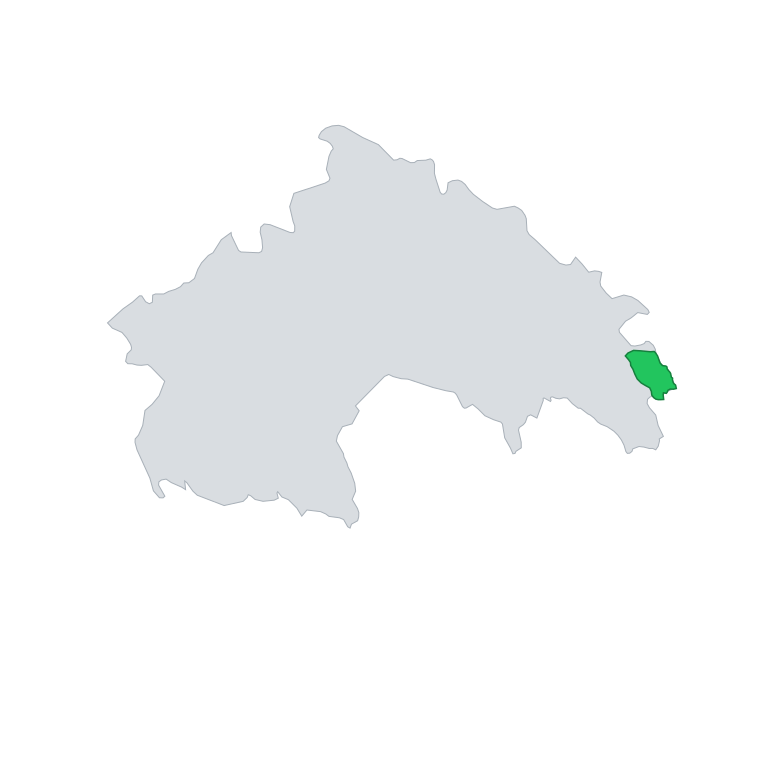 Guinea, with Lola highlighted, rotated 315°
{"feature_id": "GIN-5650", "entity_name": "Lola", "entity_type": "Prefecture", "adm_level": 1, "iso_a3": "GIN", "parent_name": "Guinea", "parent_adm1": "", "projection": "equal_earth", "projection_center": [-8.285, 7.882], "detail": "fine", "context": "in_parent", "style": "filled", "palette": "green", "viewbox_px": 768, "rotation_deg": 315, "n_neighbors": 0, "source": "natural_earth", "source_scale": "10m", "svg_char_len": 4517}
<svg xmlns="http://www.w3.org/2000/svg" viewBox="0 0 768 768"><g transform="rotate(315 384 384)"><path d="M453.8,511.3L448.8,510.4L446.5,511.7L439.9,522.1L435.9,526.2L429.7,524.9L427.5,525.7L425.8,524.5L428.1,518.7L431.3,507.4L439.5,496.0L439.7,493.6L436.3,486.9L432.9,477.8L432.9,468.1L432.2,461.0L425.0,459.0L423.7,457.9L423.5,455.5L427.6,443.3L427.9,440.9L427.4,438.7L423.0,432.5L416.1,421.0L404.3,397.4L399.9,392.4L395.7,385.2L394.1,380.6L389.7,379.0L348.3,379.3L347.5,385.4L333.2,389.6L324.4,384.8L314.6,387.6L309.9,390.7L306.1,404.5L304.0,407.4L301.9,413.6L300.0,417.0L297.8,423.8L293.1,433.5L288.2,439.7L279.9,443.1L277.2,453.3L275.3,457.1L272.1,460.1L268.7,462.0L261.9,460.1L258.1,461.9L257.4,459.3L259.6,451.3L257.9,447.1L251.5,438.7L250.9,434.6L248.9,429.4L240.4,418.6L232.4,419.3L234.6,410.2L234.6,398.2L231.9,391.7L232.7,385.0L231.2,385.4L228.5,390.0L224.2,388.5L215.5,381.4L211.2,374.5L210.7,368.6L209.7,366.3L207.0,367.5L201.5,367.4L185.0,356.9L173.3,330.6L173.1,324.6L174.8,314.4L174.5,311.6L169.0,318.4L168.0,313.9L163.9,303.3L162.7,297.2L158.8,294.5L155.6,294.0L153.1,296.1L149.7,308.4L147.3,308.3L144.8,305.7L145.4,296.5L151.9,285.0L162.8,255.9L166.7,249.2L169.2,246.9L174.2,246.6L184.1,242.7L196.3,233.7L205.6,234.4L216.6,233.3L230.9,227.0L231.2,207.5L230.7,203.2L225.7,199.3L222.7,195.9L220.2,191.6L217.2,188.5L217.3,185.3L223.7,181.1L229.5,181.1L231.4,179.5L232.9,176.8L234.6,169.7L235.2,162.3L231.4,152.4L231.7,145.3L252.6,146.3L264.1,148.3L273.5,148.8L275.0,150.4L273.6,157.3L274.8,161.3L278.0,162.4L283.3,157.6L286.0,158.7L291.9,164.6L297.3,166.3L303.3,169.5L308.9,171.3L313.8,171.0L317.6,174.4L324.6,175.4L333.6,171.2L340.7,169.3L350.7,168.9L355.9,170.3L371.0,166.9L383.0,168.8L381.1,171.1L375.6,186.7L376.2,189.5L388.3,202.7L391.2,203.7L394.5,201.8L399.7,195.7L403.8,189.1L407.8,185.9L412.4,186.1L416.1,190.8L424.7,210.4L426.8,212.8L428.9,212.8L432.7,209.1L434.6,204.9L442.7,191.9L455.1,185.5L484.4,200.3L488.7,201.4L491.3,200.3L495.0,191.5L506.1,184.1L511.4,182.0L514.4,181.8L515.6,179.4L516.1,175.8L515.5,172.1L512.1,165.5L512.0,163.5L514.0,162.3L518.2,161.3L523.7,161.9L529.8,164.8L534.8,169.0L537.7,173.9L543.2,194.6L549.3,210.8L549.1,232.5L551.8,234.7L554.8,235.6L556.2,237.3L559.3,246.3L562.1,248.9L565.5,249.5L571.8,255.3L575.9,257.5L576.5,259.3L576.4,261.6L574.8,264.7L568.6,270.7L565.6,275.8L559.3,288.1L559.1,290.4L560.5,292.1L563.0,292.4L565.8,291.5L571.6,287.0L576.1,288.6L580.5,292.1L582.1,295.6L582.5,300.3L581.5,306.4L581.3,313.1L582.8,324.7L585.1,336.2L587.4,340.4L601.9,350.5L603.3,354.3L604.1,358.6L603.0,364.4L601.5,367.7L593.5,376.7L592.3,381.0L592.9,389.0L593.5,422.8L596.7,428.5L600.4,431.4L609.2,429.8L608.9,439.2L607.8,449.7L612.9,452.9L615.4,456.1L616.9,459.1L608.8,464.7L606.5,468.0L605.4,476.8L605.6,484.9L616.5,490.7L620.7,497.5L622.6,504.5L623.2,517.9L622.2,520.9L619.4,521.0L613.9,512.9L605.5,512.0L599.2,510.4L588.8,511.5L587.0,513.9L585.8,531.6L588.3,534.6L593.3,538.0L596.6,539.4L599.3,539.0L601.4,541.2L601.8,547.0L600.4,551.3L597.6,555.2L594.2,565.5L594.9,574.9L589.0,589.8L587.3,592.8L579.5,589.8L574.4,588.8L570.8,592.6L565.7,586.8L564.7,582.2L562.9,581.3L559.5,581.2L556.3,583.8L554.9,588.5L554.2,598.1L548.5,607.2L544.5,618.6L539.8,617.5L538.8,618.9L533.9,621.9L529.6,622.7L528.5,619.6L526.0,617.2L523.2,612.4L520.1,608.5L514.1,605.8L511.7,607.0L508.9,606.7L507.0,605.1L507.3,602.8L510.5,596.9L512.3,591.4L513.2,585.5L513.2,579.9L511.6,571.9L508.9,565.6L508.2,561.9L508.5,556.7L507.9,551.8L507.0,549.3L505.8,540.1L504.2,538.4L503.3,531.1L503.6,523.5L501.3,520.7L497.6,518.6L495.4,515.6L494.1,512.3L492.8,511.4L491.7,511.6L490.7,513.6L489.4,514.1L487.3,507.0L486.4,506.7L484.9,508.3L468.0,516.2L465.9,509.5L462.6,508.3L457.0,511.0L453.8,511.3Z" fill="#d9dde1" stroke="#a8b0b8" stroke-width="1"/><path d="M598.1,552.1L598.0,554.2L597.3,557.6L594.1,564.2L593.9,567.7L594.4,568.6L595.8,570.3L596.2,571.3L596.1,572.1L595.7,572.6L595.3,573.0L595.0,573.4L594.7,574.9L594.5,577.8L594.2,579.1L592.1,582.3L592.0,582.6L592.2,583.5L592.2,583.9L591.9,584.2L591.2,584.8L590.9,585.1L589.6,587.3L589.3,588.3L589.2,589.0L589.4,590.4L589.4,591.0L587.5,593.9L585.2,592.5L582.7,589.9L580.5,589.2L578.2,590.1L577.0,590.2L575.4,587.8L573.8,589.0L570.8,592.7L568.9,591.0L566.8,588.9L565.5,586.9L565.1,584.5L565.5,581.2L567.8,578.3L569.2,574.6L567.8,569.9L566.6,565.1L566.6,559.6L568.4,554.3L570.5,549.6L571.5,545.4L573.5,543.0L574.1,539.8L574.5,534.8L578.4,534.6L584.2,536.7L588.9,542.0L595.2,549.6L598.1,552.1Z" fill="#22c55e" stroke="#15803d" stroke-width="1.5"/></g></svg>